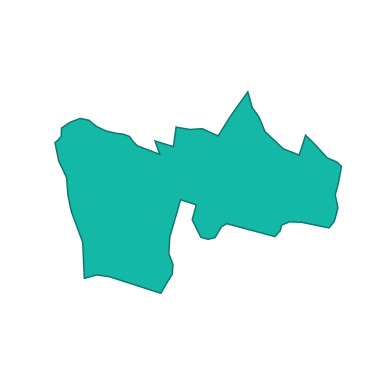 Kitgum, orthographic projection, rotated 195°
{"feature_id": "UGA-3096", "entity_name": "Kitgum", "entity_type": "District", "adm_level": 1, "iso_a3": "UGA", "parent_name": "Uganda", "parent_adm1": "", "projection": "orthographic", "projection_center": [33.268, 3.395], "detail": "fine", "context": "isolated", "style": "filled", "palette": "teal", "viewbox_px": 384, "rotation_deg": 195, "n_neighbors": 0, "source": "natural_earth", "source_scale": "10m", "svg_char_len": 964}
<svg xmlns="http://www.w3.org/2000/svg" viewBox="0 0 384 384"><g transform="rotate(195 192 192)"><path d="M249.9,88.8L262.7,87.2L273.6,80.8L274.1,82.1L284.5,115.1L303.7,142.2L311.2,157.2L316.8,173.4L328.8,187.5L337.1,204.2L334.6,207.9L332.7,211.8L334.6,220.0L327.7,227.9L318.9,234.2L310.1,234.6L301.6,230.7L291.0,228.7L280.2,229.1L273.4,230.1L266.9,229.5L262.0,225.6L256.8,222.5L232.9,220.0L240.9,231.7L221.7,231.0L224.2,250.6L210.3,251.8L198.6,255.8L181.3,252.9L174.3,275.6L164.0,303.2L155.8,289.3L146.4,281.4L137.2,269.3L114.9,257.3L98.0,255.4L97.0,276.3L86.3,270.2L70.4,260.0L59.4,258.4L54.2,255.3L52.9,238.5L52.9,226.4L46.9,214.3L46.9,200.5L50.3,192.8L78.7,191.1L89.9,188.5L96.8,183.3L96.8,177.3L100.3,170.4L150.2,170.4L154.5,166.1L157.9,154.0L164.0,150.5L171.7,150.5L184.6,165.2L184.6,180.7L201.0,181.6L201.8,142.8L198.4,126.4L191.5,116.9L189.8,107.4L192.4,98.8L195.9,86.1L202.6,86.4L249.9,88.8Z" fill="#14b8a6" stroke="#0f766e" stroke-width="1.5"/></g></svg>